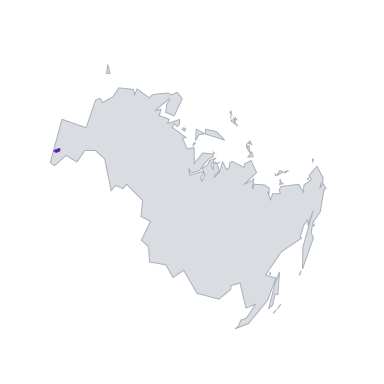 Ingush on a map of Russia (orthographic projection), rotated 77°
{"feature_id": "RUS-2303", "entity_name": "Ingush", "entity_type": "Republic", "adm_level": 1, "iso_a3": "RUS", "parent_name": "Russia", "parent_adm1": "", "projection": "orthographic", "projection_center": [44.85, 43.115], "detail": "fine", "context": "in_parent", "style": "filled", "palette": "violet", "viewbox_px": 384, "rotation_deg": 77, "n_neighbors": 0, "source": "natural_earth", "source_scale": "10m", "svg_char_len": 4598}
<svg xmlns="http://www.w3.org/2000/svg" viewBox="0 0 384 384"><g transform="rotate(77 192 192)"><path d="M332.9,166.5L335.1,180.7L333.0,176.7L327.8,173.3L327.1,167.2L315.6,155.4L317.2,165.5L291.4,165.7L292.0,175.0L295.6,176.2L302.5,189.7L291.9,209.9L266.4,217.7L271.0,229.8L257.1,233.8L250.6,249.2L235.7,246.6L227.5,252.1L211.2,239.0L204.4,247.2L189.1,242.0L169.7,254.0L173.3,258.4L168.4,264.9L172.5,270.5L140.0,269.6L129.7,277.0L127.4,286.9L136.8,297.4L128.1,306.5L135.4,320.1L131.5,323.4L91.9,302.3L105.6,280.7L80.7,265.2L80.0,260.4L84.7,259.1L81.5,247.7L74.1,239.8L78.9,226.0L84.3,226.1L79.2,222.3L90.7,212.6L88.2,208.2L90.1,193.3L92.8,190.1L91.6,184.0L99.0,180.5L113.8,192.3L108.5,199.7L100.4,196.6L97.8,193.7L95.9,193.1L104.7,210.1L104.3,203.5L110.2,206.8L115.9,197.9L119.8,200.4L118.5,188.0L123.2,188.9L124.8,191.8L121.4,193.9L124.6,196.7L137.6,185.7L137.1,189.1L148.9,187.1L149.1,180.0L164.5,183.3L156.4,172.5L159.8,162.7L162.0,163.0L163.5,168.5L172.8,179.9L173.2,188.8L168.4,189.9L175.1,190.4L174.4,177.4L176.2,176.0L180.3,180.5L183.6,180.0L178.2,175.5L171.4,176.8L169.1,170.8L165.2,167.9L164.3,161.5L169.4,167.2L173.9,167.0L174.8,166.4L168.2,164.4L170.2,161.1L178.0,160.8L180.1,165.7L182.8,167.0L178.6,160.6L169.5,155.4L177.9,153.3L176.5,150.2L171.9,148.4L171.4,145.8L179.7,135.7L176.5,134.2L174.6,127.5L187.6,124.7L196.4,139.7L194.4,132.0L196.4,129.8L201.3,132.2L202.2,132.4L202.5,132.1L198.4,129.6L201.6,119.4L205.7,115.9L210.6,117.2L208.8,118.3L217.3,117.2L211.8,113.8L213.6,106.3L209.6,106.4L206.7,104.2L208.5,86.2L217.3,83.7L210.3,81.3L206.9,73.2L202.0,74.1L195.1,64.4L208.1,61.1L211.8,62.4L212.6,64.5L217.3,66.9L213.1,62.6L218.4,60.6L220.2,63.2L240.2,71.5L249.0,81.2L258.7,85.1L263.9,84.0L291.8,101.6L270.8,96.4L237.4,78.2L250.7,86.4L245.4,85.6L249.5,90.6L259.6,96.4L261.5,95.5L270.4,118.5L289.4,139.0L294.6,129.6L314.2,142.4L332.9,166.5ZM148.7,148.5L138.4,166.0L133.9,164.5L138.6,154.7L148.7,148.5ZM289.6,124.7L311.3,131.5L310.0,134.0L320.4,138.9L322.7,143.5L298.6,131.0L289.6,124.7ZM131.8,173.6L138.2,166.5L137.7,172.2L142.6,177.0L131.8,173.6ZM195.2,106.0L190.8,101.6L193.0,98.6L195.2,106.0ZM159.8,126.1L167.1,126.7L161.0,128.7L159.8,126.1ZM155.4,124.1L159.0,123.1L156.9,126.8L155.4,124.1ZM166.4,124.8L171.5,124.5L170.5,129.6L166.4,124.8ZM194.4,98.0L192.7,96.0L193.2,93.9L194.4,98.0ZM48.9,245.5L57.9,245.0L57.3,248.5L48.9,245.5ZM124.8,136.6L126.9,135.8L122.8,137.5L124.8,136.6ZM201.9,103.3L204.5,101.3L204.3,105.0L201.9,103.3ZM131.1,185.4L128.8,187.5L127.5,186.2L128.6,184.0L131.1,185.4ZM128.8,135.1L130.5,134.1L131.7,134.8L128.8,135.1ZM135.1,134.0L134.8,135.8L133.2,135.4L133.2,134.3L135.1,134.0ZM137.1,133.8L135.4,133.9L137.5,133.0L137.1,133.8ZM145.2,177.8L147.3,181.0L144.5,178.9L145.2,177.8ZM159.9,127.2L159.7,128.6L158.0,128.2L159.9,127.2ZM129.4,133.0L131.6,132.2L131.1,133.4L129.4,133.0ZM188.3,66.5L189.5,67.6L186.5,67.1L188.3,66.5ZM122.9,135.7L124.5,136.1L121.3,136.3L122.9,135.7ZM159.4,161.6L157.3,162.7L159.3,161.4L159.4,161.6ZM193.0,129.2L195.4,129.6L193.6,130.1L193.0,129.2ZM204.1,74.9L205.9,75.9L205.7,76.6L204.1,74.9ZM132.8,136.5L131.5,136.1L133.5,136.3L132.8,136.5ZM131.6,133.4L132.6,134.4L131.1,133.9L131.6,133.4ZM321.0,130.6L322.6,132.1L325.2,135.1L321.0,130.6ZM130.8,136.8L131.9,137.7L130.8,137.7L130.8,136.8ZM169.8,160.8L168.8,162.3L168.3,162.3L169.8,160.8ZM252.2,80.4L252.8,81.7L251.0,80.3L252.2,80.4ZM200.0,103.1L201.8,103.9L200.5,104.0L200.0,103.1ZM287.7,133.6L289.9,134.4L289.4,135.1L287.7,133.6ZM293.3,103.2L296.8,105.7L296.2,105.8L293.3,103.2ZM129.0,137.3L128.0,137.7L127.6,137.4L129.0,137.3ZM169.1,158.0L169.7,159.5L169.2,159.3L169.1,158.0ZM193.8,106.4L194.9,107.3L192.7,106.6L193.8,106.4ZM328.1,139.8L325.3,135.9L328.6,140.2L328.1,139.8Z" fill="#d9dde1" stroke="#a8b0b8" stroke-width="1"/><path d="M122.0,316.1L121.9,316.1L121.5,315.8L121.3,315.8L121.2,315.9L121.2,316.0L121.0,316.5L120.9,316.2L120.7,316.0L120.5,315.9L120.4,315.7L120.5,315.5L120.5,315.1L120.9,315.4L121.0,315.4L121.3,315.4L121.4,315.1L121.5,315.1L121.6,314.9L121.6,314.7L121.6,314.4L121.6,314.2L121.3,314.0L121.2,313.9L121.2,313.7L120.8,313.4L120.7,313.3L120.6,313.5L120.3,313.4L120.3,312.8L120.3,312.7L120.2,312.5L120.0,312.4L120.1,311.7L120.4,311.4L120.5,311.4L120.5,311.5L120.4,311.7L120.4,311.8L120.5,311.8L120.7,311.7L120.7,311.4L120.8,311.4L121.0,311.4L121.1,311.5L121.3,311.6L121.5,311.7L121.7,311.8L122.0,312.0L122.1,312.3L122.1,312.6L122.2,312.8L122.3,313.3L122.3,313.5L122.5,313.8L122.5,314.0L122.4,314.0L122.3,314.3L122.4,314.5L122.5,314.8L122.4,315.1L122.4,315.3L122.5,315.4L122.5,315.5L122.1,316.0L122.0,316.1Z" fill="#8b5cf6" stroke="#5b21b6" stroke-width="1.5"/></g></svg>